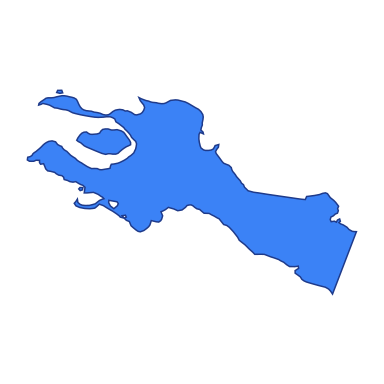 the district of Godofredo Viana, Maranhão, Brazil, rotated 272°
{"feature_id": "56859067B50011400065460", "entity_name": "Godofredo Viana", "entity_type": "district", "adm_level": 2, "iso_a3": "BRA", "parent_name": "Brazil", "parent_adm1": "Maranhão", "projection": "robinson", "projection_center": [-45.732, -1.359], "detail": "fine", "context": "isolated", "style": "filled", "palette": "blue", "viewbox_px": 384, "rotation_deg": 272, "n_neighbors": 0, "source": "geoboundaries", "source_scale": "gbopen_adm2", "svg_char_len": 5528}
<svg xmlns="http://www.w3.org/2000/svg" viewBox="0 0 384 384"><g transform="rotate(272 192 192)"><path d="M158.1,357.7L158.1,355.5L158.3,353.5L160.0,350.2L162.2,348.1L164.4,344.3L165.4,341.5L166.5,339.9L167.9,341.3L170.2,340.5L169.1,338.4L166.9,337.3L167.8,335.3L167.2,332.1L169.2,331.1L171.8,331.7L173.1,334.1L175.0,336.0L175.9,338.1L178.4,338.9L180.5,338.1L182.9,339.0L186.7,335.9L188.6,333.9L191.2,330.4L195.1,327.4L195.8,325.4L195.2,322.6L193.9,319.5L192.8,314.6L192.2,311.1L191.8,308.7L191.5,306.7L188.4,305.5L188.6,301.7L188.9,298.6L192.3,267.6L193.4,258.7L193.9,253.6L195.2,248.0L197.1,246.0L198.6,244.3L201.1,243.2L202.6,241.1L204.8,239.9L207.2,237.6L209.0,235.9L210.7,234.8L212.4,233.4L213.9,232.0L216.0,230.9L217.8,230.4L220.0,227.9L220.9,225.2L221.9,222.6L223.4,221.1L227.4,218.0L231.2,214.9L233.1,214.1L235.4,215.2L237.6,216.8L240.4,217.1L239.2,213.5L237.4,212.7L235.7,211.7L234.6,209.7L234.1,206.9L234.0,204.0L234.5,202.0L236.4,199.4L238.5,198.5L240.1,198.1L241.8,197.6L245.3,197.0L249.9,197.0L251.9,198.0L250.5,201.4L252.3,200.9L254.3,198.7L256.7,199.1L259.3,200.0L261.3,199.8L264.7,200.4L267.4,200.6L269.7,200.1L272.7,198.1L274.9,195.6L276.3,192.7L280.4,185.2L281.8,182.0L282.4,179.2L283.4,174.7L283.5,172.2L283.2,170.2L282.8,167.4L280.1,162.8L279.4,160.9L279.2,158.5L279.5,155.4L280.0,153.1L280.2,149.5L280.6,147.4L281.3,145.6L281.8,142.8L283.4,138.0L284.5,135.7L281.5,137.1L279.1,139.1L277.3,140.7L274.7,141.7L272.0,140.9L269.7,139.5L268.3,137.8L267.7,135.9L267.1,134.0L267.3,132.0L269.5,128.5L270.9,124.6L270.6,122.5L271.7,120.0L272.0,116.9L271.7,115.0L271.1,112.5L269.6,110.0L267.3,107.4L266.3,105.8L265.9,103.2L266.3,100.4L267.5,97.4L268.1,94.4L268.4,91.4L269.2,88.7L269.4,85.9L269.6,83.4L270.3,80.9L271.3,79.1L273.2,77.3L275.7,75.8L278.6,74.4L280.6,73.2L281.9,70.9L282.5,68.5L282.9,66.1L283.4,63.8L283.7,61.2L283.7,58.8L283.2,56.6L282.4,53.3L281.6,50.9L281.2,48.1L281.1,44.8L280.6,42.8L278.9,40.6L277.1,38.0L275.2,36.0L273.5,35.7L274.3,38.0L275.3,39.8L274.9,42.0L274.5,44.1L273.8,46.7L272.4,49.5L271.3,51.6L271.1,54.5L270.3,57.8L269.9,60.2L269.7,63.2L269.0,65.9L268.0,67.8L267.0,70.0L266.3,72.9L265.3,77.9L264.5,83.1L263.8,88.3L263.4,92.0L263.3,95.6L263.7,100.7L264.2,103.9L264.3,107.6L263.5,110.1L262.3,112.3L259.5,113.5L257.7,116.5L254.0,121.6L252.5,122.7L250.7,124.8L248.5,127.0L246.7,128.5L244.5,129.7L242.4,131.9L240.6,134.0L238.2,134.9L235.3,134.6L233.1,134.2L231.1,133.3L229.1,132.5L227.7,131.1L226.3,129.6L225.0,127.7L223.3,126.0L221.5,123.4L220.1,120.9L219.0,118.8L218.2,116.9L217.3,113.2L216.9,110.4L215.0,109.6L212.9,109.3L212.3,107.2L211.9,105.0L211.1,101.1L211.1,99.0L212.1,96.4L212.1,93.5L211.9,90.8L212.9,88.3L213.8,86.3L216.0,82.5L217.2,80.6L218.1,78.7L219.6,76.3L221.6,74.2L223.1,71.6L224.5,69.4L226.1,67.7L228.2,65.5L229.7,62.8L231.4,61.1L233.0,60.2L233.6,58.3L234.8,56.0L237.4,53.9L238.2,50.4L237.6,47.1L236.4,44.8L235.1,43.0L233.8,41.6L232.0,40.0L230.1,38.1L228.4,36.2L227.1,34.8L225.7,32.8L224.5,31.6L222.9,30.8L221.7,29.0L221.0,26.6L218.3,26.3L217.1,28.4L217.1,30.8L217.2,32.8L218.3,35.1L218.3,38.5L216.0,38.6L214.5,39.7L215.1,42.7L212.6,43.9L210.0,45.0L208.1,47.0L207.7,50.1L206.8,54.1L205.5,55.7L204.2,58.2L203.8,61.4L202.3,63.2L200.0,63.8L199.2,67.2L198.1,69.6L197.7,72.7L198.3,75.5L196.6,78.4L195.5,80.6L194.9,82.7L193.0,84.9L190.7,84.7L187.3,84.3L187.4,86.9L188.2,93.5L187.0,96.7L186.3,98.4L184.4,101.3L183.6,102.9L182.2,104.2L181.5,102.2L180.3,99.8L176.8,95.7L175.8,92.6L175.0,89.8L174.8,85.6L175.0,82.7L175.8,80.5L177.6,78.3L180.9,77.7L178.5,76.3L176.6,74.7L174.1,76.5L172.6,80.3L171.8,85.3L171.7,90.3L172.1,93.5L172.5,95.4L173.9,97.1L176.6,99.8L175.3,103.9L173.3,107.3L171.2,111.1L170.1,113.3L167.6,117.3L165.7,120.0L164.4,121.2L163.5,125.1L161.4,127.4L160.3,130.4L158.3,131.3L156.1,132.3L153.9,135.0L152.0,137.5L150.8,139.5L150.4,141.7L151.8,145.2L153.9,147.9L155.7,149.8L157.4,151.0L159.4,151.6L162.0,152.3L161.0,157.3L160.8,159.8L162.2,161.7L163.7,162.6L167.2,163.5L169.3,162.5L171.2,161.7L172.1,163.7L173.5,166.1L175.8,168.9L174.4,174.5L172.8,178.4L173.7,182.7L176.4,186.0L178.3,187.5L178.9,189.4L179.1,191.6L178.2,193.5L176.8,195.2L175.4,197.4L174.8,200.3L173.2,202.2L171.2,204.8L171.2,209.9L169.9,212.3L168.7,215.0L167.0,218.1L166.2,220.0L160.6,224.8L159.8,227.9L158.0,230.5L153.8,234.7L148.4,239.2L145.3,241.0L142.9,244.3L141.1,246.8L136.8,251.4L133.9,254.9L131.9,256.9L132.2,263.2L132.2,266.5L129.9,273.1L129.1,276.1L127.5,281.1L126.4,282.9L125.0,286.1L122.6,289.2L120.9,292.1L121.0,297.3L121.6,300.8L119.4,301.2L117.1,297.8L114.5,297.9L111.0,303.2L108.6,304.8L107.1,307.0L106.1,309.4L105.4,312.0L104.6,315.1L103.0,321.7L101.5,328.6L99.8,331.9L97.8,333.9L94.9,336.0L107.4,340.3L158.1,357.7ZM180.8,109.2L179.6,117.4L177.9,118.7L175.8,118.0L172.6,114.5L175.2,110.9L178.4,109.1L180.8,109.2ZM163.5,125.1L165.9,122.9L166.5,126.3L164.6,127.2L163.5,125.1ZM239.4,128.9L241.6,127.7L243.5,126.2L245.5,124.6L247.7,123.0L249.3,121.6L250.6,119.2L251.7,114.9L251.3,112.3L251.1,109.5L252.1,105.9L252.0,103.1L251.4,100.5L249.7,98.8L247.6,97.6L246.7,95.1L246.1,90.1L246.2,88.1L247.1,86.2L248.3,84.5L248.0,81.9L246.9,79.8L245.1,78.1L242.1,76.1L239.7,75.0L238.5,76.5L237.3,79.1L235.7,81.1L234.4,82.7L233.3,85.0L229.8,94.1L227.4,100.7L226.6,104.4L227.3,106.8L227.4,108.9L227.1,111.4L227.2,114.5L228.1,116.7L230.1,118.7L232.0,120.8L233.5,122.7L235.0,124.9L235.9,126.8L237.1,129.0L239.4,128.9ZM289.1,58.3L288.9,54.2L286.7,53.3L286.0,56.5L286.6,59.3L289.1,58.3ZM192.6,79.9L191.1,78.7L189.5,80.2L190.3,82.5L192.6,82.8L192.6,79.9Z" fill="#3b82f6" stroke="#1e3a8a" stroke-width="1.5"/></g></svg>